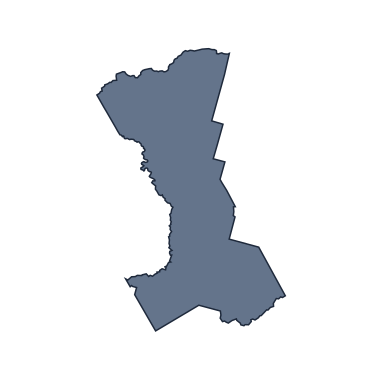 Fresno, California, United States of America (Natural Earth projection), rotated 285°
{"feature_id": "52423323B20293708991619", "entity_name": "Fresno", "entity_type": "district", "adm_level": 2, "iso_a3": "USA", "parent_name": "United States of America", "parent_adm1": "California", "projection": "natural_earth1", "projection_center": [-119.494, 36.746], "detail": "fine", "context": "isolated", "style": "filled", "palette": "slate", "viewbox_px": 384, "rotation_deg": 285, "n_neighbors": 0, "source": "geoboundaries", "source_scale": "gbopen_adm2", "svg_char_len": 4211}
<svg xmlns="http://www.w3.org/2000/svg" viewBox="0 0 384 384"><g transform="rotate(285 192 192)"><path d="M75.1,258.7L74.8,261.0L78.2,263.9L80.9,267.7L79.6,268.5L77.8,272.6L76.3,273.6L76.3,276.8L77.6,277.6L78.4,281.0L82.2,282.8L83.8,281.9L85.0,283.5L84.7,286.0L87.6,288.6L90.0,289.6L90.6,290.9L97.5,294.6L97.6,295.9L100.8,297.6L102.6,300.4L105.5,299.4L110.9,301.0L111.2,303.3L113.6,304.8L113.5,306.7L115.9,309.0L156.0,270.7L156.1,240.1L179.1,240.0L179.9,238.0L183.8,237.5L188.4,235.9L189.0,237.6L199.5,227.9L202.5,225.1L208.8,218.4L211.5,215.8L229.6,216.0L229.6,203.9L244.2,204.2L253.9,204.3L265.5,204.4L265.8,192.6L313.8,193.0L335.6,192.2L335.4,191.9L334.9,191.8L334.5,190.9L334.1,189.3L333.8,187.5L333.8,186.1L334.1,184.8L333.7,184.0L332.9,182.7L332.1,181.6L332.1,179.9L333.1,179.7L334.9,178.9L335.3,176.8L334.9,175.3L334.7,173.8L334.8,171.2L333.8,168.2L332.6,164.8L330.7,161.4L328.8,157.8L328.7,155.6L328.4,153.5L326.8,151.4L326.8,149.0L324.8,147.2L321.4,145.9L319.5,143.6L317.3,142.9L316.2,141.3L314.8,140.6L312.3,140.7L310.8,139.5L309.9,138.5L309.7,138.0L309.2,137.5L308.7,137.6L307.6,137.1L306.6,136.9L305.3,137.4L303.4,137.2L301.6,135.6L300.8,133.9L301.3,131.9L300.5,129.7L299.5,128.3L299.7,126.6L299.0,124.6L299.5,122.3L300.8,120.8L300.1,118.9L299.0,116.8L298.0,114.8L296.6,112.9L294.1,111.6L292.2,112.1L290.5,110.7L288.3,109.8L287.8,107.6L289.4,105.9L289.1,104.6L287.8,102.8L288.1,99.7L289.1,97.6L290.6,95.9L290.2,93.8L289.3,92.8L288.8,92.1L286.3,88.5L284.3,88.7L280.4,90.3L279.2,86.8L276.9,85.5L276.7,84.2L274.7,82.6L272.9,80.0L271.5,80.2L268.9,77.8L266.2,79.1L265.3,77.6L263.4,77.1L261.1,75.0L258.1,78.0L250.8,85.2L247.3,88.8L240.5,95.6L235.6,100.5L231.5,104.5L230.2,105.9L228.6,107.6L228.7,108.7L228.2,109.6L227.5,110.4L228.1,110.8L228.3,111.5L227.9,111.9L227.6,111.9L227.2,112.1L226.9,112.4L226.2,113.0L226.3,114.3L226.5,114.5L226.8,115.1L227.0,115.8L227.0,116.2L226.9,116.6L226.7,117.1L226.6,117.6L226.5,118.3L226.7,118.6L227.1,119.1L227.3,119.6L227.3,120.1L227.4,120.7L227.6,121.2L227.6,122.0L227.4,122.6L226.7,123.0L226.5,123.7L226.4,124.1L226.4,124.8L226.3,125.4L226.0,125.9L225.9,126.0L226.1,126.4L226.5,126.6L226.7,127.5L226.6,128.0L226.2,128.4L225.9,128.7L225.8,129.2L225.7,129.5L225.5,129.9L225.2,130.3L224.8,130.6L224.3,130.7L223.9,130.9L223.6,131.2L223.3,131.6L223.3,132.3L223.3,133.0L222.9,133.4L222.4,133.6L221.9,133.7L221.6,134.0L221.7,134.5L221.3,135.0L220.8,135.1L220.5,135.7L219.9,135.8L218.6,135.3L218.1,134.3L217.1,133.8L215.8,133.8L215.2,135.4L213.6,136.5L212.8,136.5L212.5,136.4L212.2,136.4L211.8,136.9L211.4,138.1L211.2,139.2L211.4,139.7L211.4,140.0L211.2,140.6L210.6,141.3L209.6,141.2L208.8,140.0L208.5,139.2L208.6,138.5L208.9,137.7L208.7,137.3L208.1,136.6L207.2,135.9L206.4,135.8L205.7,136.3L205.4,137.4L205.1,138.4L205.0,138.7L204.5,138.6L204.2,138.3L203.5,137.9L202.8,137.2L202.0,136.4L201.1,136.6L200.6,137.0L200.6,137.9L200.5,138.8L200.2,139.7L199.9,140.1L200.5,140.5L201.2,140.5L201.9,140.3L202.7,140.9L203.1,141.3L203.4,141.9L203.4,142.4L203.1,143.1L202.6,143.4L202.1,143.5L201.7,143.7L201.2,144.2L201.0,144.8L200.9,145.4L200.6,146.2L200.9,146.8L200.7,147.3L200.3,147.7L199.8,147.7L198.3,147.5L197.2,147.0L196.1,146.7L195.4,147.7L195.2,148.8L194.9,151.1L194.2,152.8L193.3,153.3L192.9,152.5L192.7,151.3L190.6,150.7L189.9,152.0L188.5,155.3L185.3,155.9L184.7,156.6L183.8,157.8L180.7,160.8L180.5,163.1L181.5,164.1L179.4,165.6L178.7,167.7L177.1,168.0L175.2,171.2L175.3,173.8L172.9,175.8L172.4,177.5L169.8,176.9L166.1,177.2L164.5,176.3L161.8,178.0L159.2,178.4L157.9,179.7L156.2,179.5L155.3,180.0L153.4,178.8L152.6,180.2L150.1,180.6L148.5,182.5L145.1,181.3L143.6,181.9L142.7,181.0L139.9,182.6L136.2,183.2L134.1,184.6L132.2,184.1L130.4,187.8L128.9,185.9L127.2,186.1L125.4,187.5L125.8,188.7L119.5,188.2L118.9,189.6L117.8,187.6L113.9,186.7L112.4,184.7L112.9,186.4L110.0,186.6L110.1,183.0L107.9,181.1L106.6,181.4L105.5,178.9L104.8,179.5L102.9,177.4L100.4,175.7L100.7,173.2L99.2,172.0L101.1,169.0L99.1,165.3L98.3,165.1L97.3,160.7L95.6,159.1L94.5,155.6L90.4,152.8L90.9,150.4L84.5,156.8L86.0,157.8L85.4,159.2L85.4,163.2L78.0,163.2L48.4,192.8L84.4,227.9L84.4,250.2L80.6,251.8L77.4,251.9L74.7,255.0L75.8,256.9L75.1,258.7Z" fill="#64748b" stroke="#1e293b" stroke-width="1.5"/></g></svg>